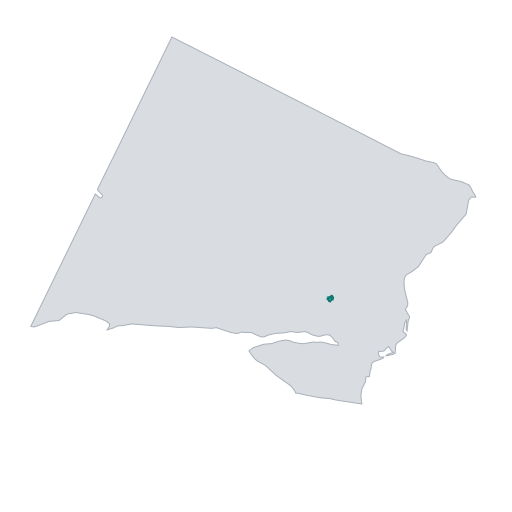 location of Nasir, Bani Suwayf, Egypt, rotated 116°
{"feature_id": "37247803B95648929265509", "entity_name": "Nasir", "entity_type": "district", "adm_level": 2, "iso_a3": "EGY", "parent_name": "Egypt", "parent_adm1": "Bani Suwayf", "projection": "equal_earth", "projection_center": [31.113, 29.186], "detail": "fine", "context": "in_parent", "style": "filled", "palette": "teal", "viewbox_px": 512, "rotation_deg": 116, "n_neighbors": 0, "source": "geoboundaries", "source_scale": "gbopen_adm2", "svg_char_len": 5170}
<svg xmlns="http://www.w3.org/2000/svg" viewBox="0 0 512 512"><g transform="rotate(116 256 256)"><path d="M418.0,427.6L409.1,427.6L400.2,427.6L391.3,427.6L382.4,427.6L373.5,427.6L364.7,427.6L355.8,427.6L346.9,427.6L338.0,427.6L329.1,427.6L320.3,427.6L311.4,427.6L302.5,427.6L293.6,427.6L284.7,427.6L275.8,427.6L270.8,427.6L271.6,424.4L272.2,422.1L271.6,420.5L269.8,420.1L268.7,420.6L266.1,427.4L264.7,427.7L261.5,427.7L251.2,427.7L240.8,427.7L230.5,427.6L220.2,427.6L209.8,427.6L199.5,427.6L189.1,427.6L178.8,427.6L168.4,427.6L158.1,427.6L147.8,427.6L137.4,427.6L127.1,427.6L116.7,427.6L106.4,427.6L96.1,427.6L96.2,419.5L96.3,411.3L96.4,403.2L96.6,395.1L96.7,386.9L96.8,378.8L96.9,370.7L97.1,362.6L97.2,354.5L97.3,346.4L97.5,338.4L97.6,330.3L97.7,322.2L97.9,314.2L98.0,306.1L98.2,298.1L98.3,290.1L98.4,282.0L98.6,274.0L98.7,266.0L98.9,258.0L99.0,250.1L99.2,242.1L99.3,234.1L99.5,226.1L99.6,218.2L99.8,210.2L99.9,202.3L100.1,194.4L100.3,186.5L100.4,178.6L100.6,170.7L100.4,169.2L99.0,163.8L97.8,157.0L96.6,148.7L96.4,146.0L94.2,137.4L94.0,134.9L94.7,133.2L98.8,126.0L100.1,122.5L101.2,118.3L101.6,114.9L100.5,109.6L99.3,105.0L98.9,100.2L98.8,95.4L100.9,92.2L103.4,89.2L104.3,87.4L105.8,85.3L106.8,84.3L108.7,88.5L112.8,89.3L126.2,85.5L140.8,89.3L148.9,90.7L161.3,94.0L168.9,99.7L170.9,100.4L176.4,100.3L180.0,103.7L194.2,105.3L201.8,109.1L206.1,112.1L208.7,113.0L211.0,112.8L214.1,111.7L218.1,109.6L222.3,106.7L231.2,99.2L234.3,97.9L236.4,98.2L238.8,98.1L239.9,96.1L241.2,94.7L242.0,93.1L243.4,91.2L247.9,90.7L257.1,87.4L256.1,88.9L247.7,92.6L251.3,93.1L255.0,91.8L259.2,91.0L259.9,89.5L260.5,86.5L261.3,86.1L264.2,86.7L272.8,91.2L274.9,91.3L281.0,88.8L282.3,88.3L284.3,89.6L288.7,95.2L287.2,95.1L282.4,90.3L282.0,92.7L279.2,96.9L282.7,98.7L285.4,99.4L286.9,101.8L287.9,103.9L290.6,102.9L292.6,100.1L291.5,98.5L290.8,96.9L291.7,96.8L293.6,98.2L299.1,103.6L301.0,104.7L303.1,104.5L307.5,103.0L308.8,103.2L314.7,101.2L315.4,102.7L316.4,104.1L321.2,102.5L328.7,102.6L334.9,100.8L342.0,96.5L342.5,95.9L342.9,96.9L343.8,99.8L346.1,107.3L348.0,113.1L350.4,121.1L351.2,124.3L351.5,126.4L355.0,135.3L357.1,142.6L358.7,148.6L360.8,157.3L361.8,160.3L360.3,161.9L357.5,167.6L354.5,185.6L350.2,199.7L349.8,208.6L349.1,211.8L347.0,216.3L344.4,220.7L339.7,218.4L332.1,210.6L327.7,203.3L322.9,198.6L318.4,192.3L317.2,187.8L317.2,184.9L315.2,177.8L313.8,174.5L308.3,167.0L306.8,163.0L305.6,161.3L304.4,158.7L302.4,149.0L300.2,142.9L297.8,144.6L298.2,147.2L296.1,150.8L294.8,154.9L295.8,158.3L300.3,163.5L301.2,165.7L302.2,170.7L302.1,177.3L302.8,179.6L306.2,184.6L307.4,187.5L308.1,190.1L309.2,192.4L312.5,196.7L317.3,205.0L321.9,210.5L325.1,213.2L326.5,215.9L326.9,222.9L326.7,226.2L329.6,232.5L330.7,235.7L333.5,238.3L334.7,241.2L335.9,246.0L337.8,260.3L340.3,263.8L347.9,282.5L354.3,294.4L357.4,303.3L362.2,314.2L371.6,338.0L377.1,345.4L379.4,349.6L383.3,352.8L387.7,357.4L383.6,356.9L382.6,357.2L381.1,358.0L380.5,360.8L380.2,363.1L380.9,375.2L382.1,381.4L385.8,393.2L388.5,396.7L389.9,399.0L391.7,400.7L400.3,404.7L405.4,413.2L416.8,423.9L417.9,426.9L418.0,427.6Z" fill="#d9dde1" stroke="#a8b0b8" stroke-width="1"/><path d="M258.6,170.7L258.7,170.8L258.8,170.7L258.9,170.8L258.9,171.0L259.0,171.0L259.2,170.9L259.3,170.9L259.4,171.0L259.5,171.1L259.7,171.3L259.8,171.3L260.0,171.5L260.3,171.5L260.3,171.4L260.5,171.4L260.6,171.1L260.4,171.0L260.4,170.9L260.5,170.8L260.5,170.7L260.7,170.8L260.8,170.9L260.9,171.0L261.0,171.1L261.0,171.3L261.0,171.5L260.9,171.6L260.9,171.8L260.8,172.0L260.8,172.3L261.0,172.5L261.2,172.9L261.2,173.0L261.3,173.1L261.3,172.9L261.3,172.7L261.4,172.4L261.4,172.2L261.4,171.9L261.5,171.9L261.5,172.0L261.8,172.1L261.7,172.2L261.7,172.3L261.8,172.4L261.9,172.5L262.0,172.4L262.2,172.5L262.2,172.8L262.3,172.8L262.4,172.6L262.5,172.5L262.6,172.8L262.8,172.9L263.0,173.0L263.0,172.9L263.1,172.7L263.2,172.4L263.3,172.2L263.5,171.9L263.5,171.7L263.4,171.7L263.4,171.8L263.4,171.7L263.5,171.7L263.6,171.4L263.7,171.2L263.8,171.1L263.9,170.9L264.0,170.9L264.0,170.5L264.0,170.4L264.0,170.5L264.1,170.4L264.2,170.2L264.3,169.9L264.5,169.7L264.6,169.4L264.4,169.4L264.2,169.4L263.9,169.4L263.7,169.3L263.5,169.2L263.4,169.2L263.2,169.0L263.1,168.9L262.9,168.9L262.7,169.0L262.4,169.1L262.2,169.0L261.9,169.2L261.7,169.2L261.4,169.1L261.3,169.3L261.2,169.3L261.2,169.2L261.3,169.0L261.3,168.9L261.5,168.6L261.4,168.6L261.4,168.4L261.4,168.2L261.4,167.9L261.2,168.0L260.9,168.1L260.7,168.2L260.7,168.3L260.4,168.3L260.4,168.2L260.2,168.0L259.9,168.2L259.7,168.2L259.5,168.3L259.3,168.4L259.2,168.5L259.1,169.1L259.2,169.4L259.2,169.5L258.9,169.5L258.7,169.4L258.6,169.5L258.5,169.9L258.4,170.0L258.4,170.3L258.3,170.5L258.5,170.7L258.6,170.7ZM264.4,169.9L264.4,170.0L264.2,170.2L264.3,170.3L264.3,170.5L264.2,170.7L264.1,170.9L264.0,171.0L263.9,171.2L263.8,171.3L263.7,171.5L263.6,171.8L263.5,172.1L263.4,172.3L263.4,172.5L263.3,172.8L263.2,172.8L263.2,173.0L263.3,173.1L263.5,173.0L263.6,172.9L263.6,172.7L263.7,172.4L263.7,172.0L263.7,171.9L263.8,171.9L263.9,171.7L264.0,171.4L264.2,171.2L264.3,171.0L264.3,170.9L264.5,170.9L264.7,170.7L264.5,170.4L264.5,170.2L264.6,169.9L264.5,170.0L264.4,169.9Z" fill="#14b8a6" stroke="#0f766e" stroke-width="1.5"/></g></svg>